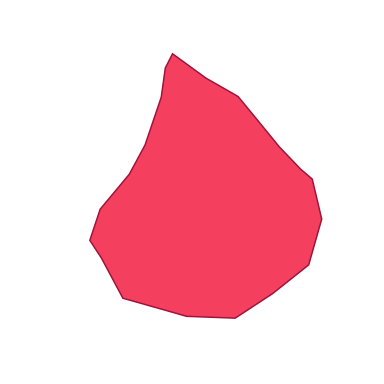 outline of Mfoundi, Centre, Cameroon, rotated 63°
{"feature_id": "32672807B36529963659187", "entity_name": "Mfoundi", "entity_type": "district", "adm_level": 2, "iso_a3": "CMR", "parent_name": "Cameroon", "parent_adm1": "Centre", "projection": "orthographic", "projection_center": [11.497, 3.804], "detail": "fine", "context": "isolated", "style": "filled", "palette": "rose", "viewbox_px": 384, "rotation_deg": 63, "n_neighbors": 0, "source": "geoboundaries", "source_scale": "gbopen_adm2", "svg_char_len": 424}
<svg xmlns="http://www.w3.org/2000/svg" viewBox="0 0 384 384"><g transform="rotate(63 192 192)"><path d="M60.0,146.6L69.4,159.5L93.6,176.4L128.8,212.5L147.7,239.8L165.6,281.6L188.7,305.0L209.7,302.7L255.3,301.8L277.8,277.5L300.3,253.3L324.0,210.8L319.1,166.2L309.9,121.1L275.0,88.7L235.1,79.0L221.3,84.7L191.5,93.7L166.0,99.2L127.8,107.6L97.0,127.8L60.0,146.6Z" fill="#f43f5e" stroke="#9f1239" stroke-width="1.5"/></g></svg>